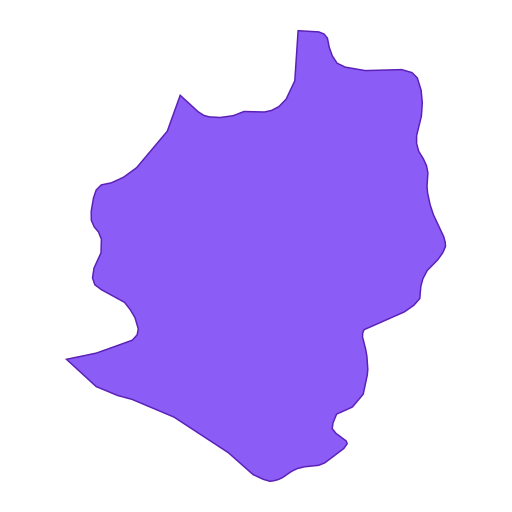 the City of Harare
{"feature_id": "ZWE-525", "entity_name": "Harare", "entity_type": "City", "adm_level": 1, "iso_a3": "ZWE", "parent_name": "Zimbabwe", "parent_adm1": "", "projection": "albers", "projection_center": [31.074, -17.86], "detail": "fine", "context": "isolated", "style": "filled", "palette": "violet", "viewbox_px": 512, "rotation_deg": 0, "n_neighbors": 0, "source": "natural_earth", "source_scale": "10m", "svg_char_len": 1376}
<svg xmlns="http://www.w3.org/2000/svg" viewBox="0 0 512 512"><path d="M264.4,112.0L271.4,110.5L278.9,106.6L286.1,99.2L294.8,80.8L298.1,30.7L318.8,31.9L324.0,34.0L327.4,38.1L329.3,47.5L332.3,55.9L337.1,63.2L345.1,67.1L365.3,70.6L401.6,69.6L412.0,72.6L417.3,77.9L421.1,90.2L422.3,102.8L421.4,116.1L416.6,135.7L416.6,143.6L418.8,151.5L423.3,158.7L426.5,165.7L427.9,173.0L427.0,186.2L427.6,193.0L430.1,204.7L433.4,214.7L443.8,236.9L445.2,242.3L445.5,246.4L442.9,252.5L437.8,259.7L427.2,270.5L422.9,278.7L420.8,286.5L419.8,298.5L413.9,305.2L404.5,311.8L364.0,329.7L362.7,333.1L362.5,336.8L365.7,349.4L366.9,356.3L367.8,369.3L367.3,375.0L363.2,394.2L352.4,407.0L336.6,414.1L333.0,422.9L332.2,428.6L336.0,433.4L346.2,441.0L347.2,443.7L343.8,448.5L324.7,462.9L318.7,465.3L304.4,466.8L297.2,468.6L291.5,471.4L282.3,477.7L278.4,479.5L274.4,480.6L270.0,481.3L263.2,479.3L253.1,474.6L228.2,452.6L174.0,417.1L131.8,399.3L117.6,395.5L96.2,386.6L66.5,359.3L96.3,353.1L132.3,340.2L137.1,334.9L138.3,329.0L135.0,317.7L130.2,309.6L124.6,302.4L101.4,289.7L94.9,284.8L92.5,278.0L94.0,268.1L101.0,252.8L101.4,239.2L98.5,232.0L94.2,226.9L91.3,220.2L91.2,211.3L93.5,197.9L96.2,190.0L101.3,184.9L111.4,182.8L123.4,177.3L136.6,167.7L167.3,131.2L180.2,95.3L198.2,111.8L203.8,115.4L209.4,116.9L220.2,117.5L233.2,115.7L244.0,111.5L264.4,112.0Z" fill="#8b5cf6" stroke="#5b21b6" stroke-width="1.5"/></svg>